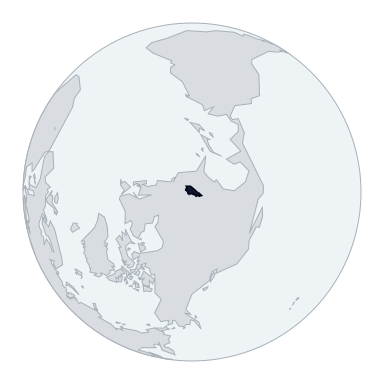 globe centered on Kentucky, rotated 221°
{"feature_id": "USA-3548", "entity_name": "Kentucky", "entity_type": "State", "adm_level": 1, "iso_a3": "USA", "parent_name": "United States of America", "parent_adm1": "", "projection": "orthographic", "projection_center": [-85.417, 37.822], "detail": "fine", "context": "on_globe", "style": "filled", "palette": "ink", "viewbox_px": 384, "rotation_deg": 221, "n_neighbors": 0, "source": "natural_earth", "source_scale": "10m", "svg_char_len": 11416}
<svg xmlns="http://www.w3.org/2000/svg" viewBox="0 0 384 384"><g transform="rotate(221 192 192)"><circle cx="192" cy="192" r="169" fill="#eef3f6" stroke="#a8b0b8"/><path d="M210.8,359.9L211.0,359.6L214.6,358.9L211.7,359.1L219.4,356.6L215.7,357.5L219.6,353.4L226.5,348.4L233.8,331.2L230.9,327.8L218.7,324.6L204.2,309.0L208.6,301.2L205.2,297.7L216.3,285.3L213.1,274.4L209.0,273.1L205.2,277.7L191.3,271.0L186.1,262.1L142.2,243.6L137.5,237.9L137.2,229.8L121.6,198.4L128.8,226.4L122.9,220.2L118.0,209.6L120.6,208.0L117.2,193.0L111.8,185.9L111.0,167.1L120.7,146.0L122.5,150.4L124.6,145.3L122.5,139.6L120.6,137.1L125.0,114.8L119.6,99.3L112.7,98.8L118.3,95.8L101.6,98.3L95.3,94.6L105.7,96.2L109.2,94.6L106.6,90.5L109.6,88.0L110.1,84.7L114.0,82.2L119.7,83.9L122.4,82.4L120.3,79.7L123.0,75.8L125.5,79.9L130.4,73.7L140.9,76.2L144.7,90.9L153.7,91.6L166.1,105.4L168.2,102.5L174.2,106.4L178.9,104.7L179.9,108.2L182.7,103.9L181.0,101.1L181.6,98.4L184.2,97.3L185.9,101.3L184.9,102.5L186.7,103.1L186.5,105.7L188.0,103.8L189.8,109.1L191.9,102.3L196.5,105.3L196.6,109.2L191.6,110.8L179.4,125.2L178.0,130.4L181.0,135.8L197.3,141.6L197.8,146.9L202.2,152.6L204.2,148.6L201.5,142.8L206.4,137.1L202.5,131.1L203.9,128.1L202.0,121.5L207.7,120.6L214.3,123.4L216.2,129.0L219.2,130.5L221.7,124.0L229.5,133.5L242.0,138.9L243.4,141.8L238.3,149.3L227.2,152.1L220.6,163.4L230.4,154.3L233.8,162.5L236.6,163.3L239.6,162.1L240.5,158.5L242.8,161.1L234.0,170.6L231.8,168.3L234.6,165.2L229.4,166.8L223.5,174.0L225.6,178.0L214.4,185.9L215.8,189.0L214.2,192.7L212.6,187.1L215.1,197.5L202.3,210.6L205.4,228.5L196.4,215.1L189.5,213.8L181.4,214.3L181.7,217.2L170.5,214.9L160.9,220.6L158.3,234.6L162.9,245.4L175.3,246.3L178.6,240.6L187.5,239.3L182.0,254.9L197.7,256.7L196.7,267.9L201.3,273.3L209.0,271.3L216.9,273.2L222.2,266.3L231.0,261.6L231.6,270.3L236.1,261.5L241.2,264.8L258.3,260.5L257.1,262.9L271.6,268.9L286.5,267.8L289.9,272.3L288.2,276.6L293.2,275.5L293.3,277.8L312.2,271.3L321.2,270.8L320.4,278.3L311.9,291.3L301.8,310.4L285.9,322.5L280.2,329.1L265.1,340.2L255.6,343.1L256.7,344.9L250.2,348.0L243.6,349.9L241.1,351.7L236.2,352.9L238.5,353.1L228.8,356.2L229.5,356.6L222.0,358.3L210.8,359.9ZM41.5,181.8L42.6,178.3L42.9,181.8L41.5,181.8ZM42.7,175.3L42.4,176.7L42.5,175.4L42.7,175.3ZM42.3,173.8L42.6,174.9L42.2,174.0L42.3,173.8ZM41.7,172.2L42.1,172.9L42.0,173.0L41.7,172.2ZM205.0,234.6L222.9,241.0L213.2,243.2L214.9,241.5L210.3,238.5L201.9,236.1L193.2,238.4L205.0,234.6ZM41.3,168.7L41.2,167.7L41.7,168.1L41.3,168.7ZM212.0,224.1L208.9,223.7L211.9,223.4L212.0,224.1ZM119.2,136.6L122.1,139.8L122.9,146.0L120.1,143.6L119.2,136.6ZM118.1,125.3L120.4,125.8L117.8,130.9L117.3,129.0L118.1,125.3ZM107.0,99.2L108.8,101.3L106.0,100.2L107.0,99.2ZM109.5,84.8L108.0,85.1L108.9,83.3L109.5,84.8ZM199.0,122.6L200.5,122.1L200.1,123.5L199.0,122.6ZM196.8,120.3L195.2,122.3L193.9,121.6L194.9,120.3L196.8,120.3ZM115.6,77.9L117.5,75.2L116.6,78.2L115.6,77.9ZM198.9,118.0L191.9,120.0L189.6,118.7L191.4,112.9L198.9,118.0ZM119.2,73.8L123.7,67.6L120.8,67.6L131.5,64.5L124.2,70.5L123.5,74.2L121.9,72.8L119.2,73.8ZM179.3,100.8L181.3,103.7L177.2,102.4L179.3,100.8ZM176.5,100.7L163.1,101.3L161.4,96.8L166.2,97.3L162.1,92.6L167.9,90.0L171.5,92.0L171.4,95.4L173.7,91.9L176.5,100.7ZM136.8,63.9L138.7,62.8L137.8,64.3L136.8,63.9ZM181.6,97.3L179.0,97.7L177.4,93.7L182.2,92.2L181.2,93.9L181.6,97.3ZM158.2,92.7L157.8,89.7L162.4,86.7L162.9,85.2L167.9,89.5L158.2,92.7ZM182.9,94.3L184.7,91.6L187.8,92.5L184.0,96.6L182.9,94.3ZM174.9,93.4L174.4,91.5L176.2,92.0L174.9,93.4ZM199.9,94.7L196.9,95.0L195.8,92.9L199.9,94.7ZM185.2,90.5L184.1,90.3L183.3,89.5L185.1,88.0L185.2,90.5ZM170.8,87.3L172.8,86.8L169.0,85.3L172.3,83.2L175.0,86.6L175.2,84.3L176.2,83.7L177.3,87.2L170.8,87.3ZM184.6,84.4L189.2,88.4L195.1,88.2L196.3,90.0L186.6,90.1L184.6,84.4ZM180.2,85.7L183.2,85.3L183.1,87.6L181.1,89.3L180.2,85.7ZM173.5,80.7L167.8,83.0L167.4,82.2L173.5,80.7ZM186.4,83.9L185.2,83.0L186.8,83.6L186.4,83.9ZM177.5,81.1L175.5,81.9L175.1,81.0L177.5,81.1ZM184.5,80.5L186.0,81.7L184.7,82.9L184.5,80.5ZM181.3,80.4L181.2,78.9L183.3,82.5L180.5,80.9L181.3,80.4ZM177.4,80.1L176.5,79.8L178.3,79.8L177.4,80.1ZM188.9,75.7L191.8,80.0L188.8,82.4L186.3,77.9L188.9,75.7ZM315.3,76.5L307.5,68.8L316.7,79.8L313.3,77.7L301.9,65.4L293.0,56.9L291.4,55.9L292.8,58.5L286.5,54.1L292.8,59.3L293.4,59.0L297.3,62.4L297.0,63.0L294.8,61.3L296.2,63.7L306.4,71.8L308.2,72.3L314.6,81.3L318.1,83.1L321.4,87.1L316.7,85.5L313.8,83.2L308.6,85.7L312.2,88.8L317.3,86.9L317.6,88.6L322.5,93.6L319.0,91.2L312.4,93.1L315.4,102.8L326.6,122.0L326.7,128.2L323.4,131.2L311.9,119.2L312.8,107.0L308.7,103.2L302.1,102.7L303.0,99.2L300.4,97.7L300.1,93.3L293.5,85.1L292.2,80.9L283.5,76.0L281.7,73.4L287.4,76.9L290.7,77.3L286.9,67.8L284.4,65.4L279.0,63.2L278.7,61.2L274.0,60.3L268.8,54.9L271.1,61.0L264.9,59.3L258.5,55.4L256.8,56.1L267.3,62.5L271.1,64.1L273.7,63.6L284.4,69.9L287.0,73.6L277.4,71.7L280.0,77.1L271.4,73.8L248.4,57.7L241.9,52.3L244.1,45.1L249.1,46.6L250.8,49.8L254.9,47.7L251.8,47.4L251.5,45.9L245.5,44.4L245.0,43.4L240.1,44.0L238.8,42.5L241.9,42.1L231.9,39.3L227.5,36.5L225.5,36.4L224.6,37.1L219.7,33.4L218.4,33.6L219.5,34.8L217.7,36.0L212.6,36.9L211.1,35.5L212.8,35.0L214.2,32.3L218.8,31.6L217.7,31.1L213.4,31.5L211.7,34.8L209.0,35.7L209.1,33.9L208.8,34.6L207.1,34.7L204.0,33.6L203.6,35.6L185.9,39.8L178.2,38.7L180.2,36.3L166.4,39.2L158.8,38.6L159.8,39.6L153.9,42.3L156.2,42.5L156.2,43.2L142.1,51.2L137.6,52.4L132.7,57.9L133.2,58.6L136.2,57.9L131.5,64.5L120.8,67.6L120.1,65.9L113.8,69.3L113.2,65.2L109.8,63.8L112.8,57.9L109.9,57.6L107.7,59.1L102.1,60.1L98.0,57.9L110.8,53.1L118.9,57.1L116.4,54.7L119.7,53.5L120.6,51.6L118.6,50.3L116.6,51.2L127.8,41.6L128.6,37.6L121.7,41.1L116.6,43.1L111.5,43.7L114.1,42.1L125.1,36.9L136.4,32.4L148.1,28.9L159.9,26.1L172.0,24.2L184.1,23.2L196.3,23.1L208.4,23.8L220.5,25.5L232.4,27.9L244.1,31.3L255.5,35.4L266.7,40.4L277.4,46.2L287.6,52.7L297.4,60.0L306.7,67.9L315.3,76.5ZM360.0,174.4L360.4,179.7L359.9,177.9L359.9,180.8L356.4,204.3L353.0,204.9L343.3,195.9L342.2,185.4L337.8,177.6L326.8,129.3L329.2,125.1L325.8,104.0L326.2,102.5L331.7,109.1L333.3,102.3L327.8,94.2L324.1,86.9L320.2,82.0L328.2,92.0L335.3,102.5L341.7,113.6L347.2,125.1L351.8,137.0L355.5,149.3L358.2,161.7L360.0,174.4ZM336.1,148.4L337.7,151.1L336.1,148.4ZM276.6,45.7L276.4,45.7L270.9,42.6L268.6,41.6L271.1,43.0L281.3,48.8L281.7,48.8L276.6,45.7ZM258.8,260.3L260.9,261.4L258.2,262.2L258.8,260.3ZM212.1,247.3L215.8,247.1L217.8,248.3L215.0,249.1L212.1,247.3ZM242.3,242.9L246.4,242.8L242.3,244.5L242.3,242.9ZM225.6,241.7L239.1,243.3L231.0,247.5L222.5,246.6L228.2,244.9L225.6,241.7ZM210.7,230.0L213.1,230.5L212.6,232.4L210.7,230.0ZM214.1,223.9L213.2,224.2L212.0,222.8L214.1,223.9ZM234.3,162.0L235.1,161.3L238.2,160.8L237.0,162.6L234.3,162.0ZM250.7,150.5L254.1,155.0L250.8,152.8L249.8,155.9L241.7,155.4L243.7,143.3L244.2,148.7L250.7,150.5ZM231.4,152.0L236.3,153.3L230.8,152.3L231.4,152.0ZM286.4,95.0L288.4,94.0L291.6,96.6L293.1,103.2L288.5,99.2L286.4,95.0ZM290.5,92.0L280.5,89.0L279.2,85.2L281.6,87.7L281.7,85.5L285.7,89.2L294.2,89.0L297.5,91.4L298.5,101.5L296.3,96.6L294.5,97.8L290.5,92.0ZM257.4,91.5L253.1,91.1L255.8,83.2L259.5,84.5L261.3,90.8L257.9,93.0L257.4,91.5ZM203.5,107.9L201.6,108.9L201.2,107.7L202.3,105.8L203.5,107.9ZM198.6,95.0L211.0,102.2L209.5,103.7L218.5,106.6L218.2,111.8L212.3,109.6L218.8,116.1L213.4,116.2L218.2,120.3L205.3,114.9L200.7,115.6L205.9,112.8L206.4,107.9L205.2,106.0L198.4,101.4L188.8,100.9L187.7,96.4L189.5,93.3L191.7,92.7L191.7,95.8L194.6,92.8L196.2,96.8L198.6,95.0ZM211.3,65.2L210.4,68.1L216.5,64.6L218.2,67.9L218.8,67.3L222.0,69.4L227.0,71.1L227.0,72.8L229.0,72.7L231.1,74.3L233.8,74.9L234.8,78.2L238.1,79.3L236.7,80.3L242.1,81.3L238.5,82.0L241.0,84.4L243.2,82.4L242.1,100.7L244.5,108.4L248.4,114.7L241.7,115.6L233.7,110.7L226.2,103.2L224.9,95.9L222.1,97.9L220.6,95.1L223.5,94.7L218.3,93.7L217.8,91.3L211.1,85.9L203.8,86.3L201.2,84.6L203.8,83.2L199.3,82.4L202.5,78.8L200.7,77.5L201.9,72.8L208.0,71.3L205.5,70.0L206.4,66.7L211.3,65.2ZM189.4,74.4L196.3,71.4L200.7,71.8L196.6,79.8L197.8,81.5L195.4,87.1L189.2,86.4L190.5,84.8L190.2,83.2L192.3,84.0L190.5,82.1L192.2,80.0L191.2,78.0L193.7,77.5L189.4,74.4ZM323.6,98.3L323.4,96.8L322.3,94.0L325.3,97.2L323.6,98.3ZM319.4,99.6L318.7,97.8L322.5,100.6L322.7,102.3L319.4,99.6ZM315.1,94.6L318.4,97.5L316.8,97.0L315.1,94.6ZM286.4,75.2L285.3,73.4L286.5,73.6L288.6,75.1L286.4,75.2ZM229.6,56.9L228.4,58.1L227.3,57.7L222.2,58.8L220.5,56.7L223.0,55.2L229.6,56.9ZM310.9,72.1L314.4,75.7L314.4,75.9L313.2,74.6L310.9,72.1ZM321.6,86.6L320.7,84.2L322.5,87.5L321.6,86.6ZM226.9,54.8L225.0,55.4L225.4,54.0L226.9,54.8ZM219.0,55.3L218.9,53.6L219.7,56.6L219.0,55.3ZM209.9,40.3L218.9,40.9L224.3,40.5L225.6,38.7L227.7,41.7L219.3,42.3L209.9,40.3ZM189.0,39.9L187.9,41.8L185.8,41.2L185.8,40.7L189.0,39.9ZM190.2,40.9L193.7,43.1L191.4,44.3L189.1,42.4L190.2,40.9ZM210.6,48.1L213.4,48.3L213.1,49.4L210.6,48.1ZM102.3,48.8L104.9,47.6L98.5,51.8L96.4,53.0L97.8,51.8L101.1,49.6L101.8,49.2L102.3,48.8ZM103.7,48.6L107.0,46.6L118.0,42.8L118.8,43.2L107.0,47.7L109.4,46.1L107.8,46.5L103.7,48.6ZM137.6,62.3L138.6,62.8L136.7,63.2L137.6,62.3ZM157.6,43.3L157.4,44.3L155.2,44.6L157.6,43.3ZM155.5,47.6L158.1,46.5L155.9,48.2L155.5,47.6ZM164.1,44.1L159.5,46.3L163.0,43.5L164.1,44.1Z" fill="#d9dde1" stroke="#a8b0b8" stroke-width="1"/><path d="M182.9,195.5L183.0,195.5L183.0,195.4L183.1,195.2L183.2,194.9L183.2,194.7L183.3,194.6L183.3,194.4L183.2,194.2L183.3,193.9L183.4,193.7L183.5,193.6L183.8,193.6L184.4,194.0L184.6,194.1L184.8,194.1L184.9,193.9L184.9,193.7L184.7,193.4L184.8,193.3L184.8,193.2L185.0,193.1L185.7,192.9L185.8,192.8L185.7,192.7L185.6,192.4L185.8,192.2L186.0,192.0L186.2,191.9L186.2,191.7L186.3,191.6L186.4,191.8L186.5,191.8L186.6,191.7L186.8,191.8L186.7,191.8L186.8,191.9L186.9,191.7L187.0,191.5L187.3,191.6L187.5,191.7L187.7,191.8L187.8,191.9L188.0,192.0L188.1,191.9L188.2,191.7L188.3,191.7L188.5,191.6L188.8,191.5L189.0,191.8L189.1,191.7L189.1,191.8L189.3,191.8L189.3,191.7L189.4,191.4L189.5,191.3L189.6,191.2L189.8,191.1L189.7,190.9L189.8,190.9L190.0,191.0L190.0,191.3L190.3,191.4L190.5,191.5L190.7,191.4L190.8,191.4L190.9,191.0L190.9,190.9L191.0,190.8L191.0,190.7L191.3,190.7L191.5,190.5L191.5,190.2L191.8,190.1L192.0,189.9L192.0,189.7L191.9,189.5L191.9,189.4L192.0,189.3L192.4,189.3L192.5,189.4L193.0,189.2L193.4,189.1L193.4,188.9L193.5,188.8L193.4,188.8L193.2,188.8L193.3,188.7L193.3,188.4L193.2,188.3L193.3,188.3L193.5,188.2L193.8,188.3L194.1,188.2L194.3,188.3L194.5,188.4L194.5,188.5L194.7,188.8L194.7,189.0L194.8,189.0L195.1,189.2L195.3,189.1L195.5,189.2L195.6,189.3L195.8,189.5L196.0,189.6L196.1,189.4L196.3,189.3L196.5,189.4L196.6,189.5L196.8,189.5L197.0,189.6L197.3,189.6L197.3,189.4L197.5,189.3L197.7,189.2L197.8,189.2L197.8,189.3L197.9,189.6L198.0,189.7L198.2,189.8L198.3,189.8L198.4,190.0L198.5,190.0L198.5,190.3L198.6,190.5L198.5,190.8L198.4,190.9L198.5,190.9L198.6,191.2L198.7,191.3L198.8,191.4L198.9,191.5L199.0,191.7L199.0,191.8L199.2,192.0L199.3,192.2L199.3,192.3L199.5,192.4L199.6,192.5L199.9,192.7L200.0,192.7L199.2,193.5L198.5,193.8L198.4,193.9L198.4,194.0L198.1,194.3L198.0,194.5L197.7,194.8L197.4,195.0L197.1,195.1L196.9,195.2L196.8,195.3L196.7,195.3L196.3,195.4L196.2,195.5L192.7,195.5L192.0,195.5L190.9,195.5L190.5,195.5L190.1,195.5L189.5,195.4L189.4,195.4L186.3,195.4L186.2,195.3L185.7,195.3L185.8,195.4L185.8,195.6L185.8,195.8L182.5,195.7L182.6,195.4L182.8,195.4L182.8,195.5L182.9,195.5ZM182.3,195.7L182.2,195.7L182.3,195.5L182.3,195.7Z" fill="#0f172a" stroke="#020617" stroke-width="1.5"/></g></svg>